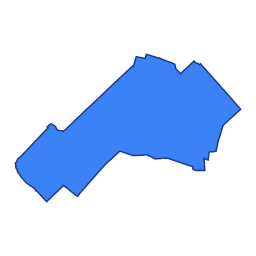 outline of Phuoc Long, Bạc Liêu, Vietnam
{"feature_id": "81297802B5473399388769", "entity_name": "Phuoc Long", "entity_type": "district", "adm_level": 2, "iso_a3": "VNM", "parent_name": "Vietnam", "parent_adm1": "Bạc Liêu", "projection": "mercator", "projection_center": [105.424, 9.386], "detail": "fine", "context": "isolated", "style": "filled", "palette": "blue", "viewbox_px": 256, "rotation_deg": 0, "n_neighbors": 0, "source": "geoboundaries", "source_scale": "gbopen_adm2", "svg_char_len": 5607}
<svg xmlns="http://www.w3.org/2000/svg" viewBox="0 0 256 256"><path d="M196.2,170.6L198.3,170.5L199.6,170.5L200.9,170.4L203.3,170.5L204.5,170.5L204.9,170.4L204.9,169.9L204.8,169.3L204.7,168.7L204.6,168.1L204.5,165.4L204.4,164.9L204.1,160.0L204.0,158.5L207.2,159.6L207.7,159.8L208.1,160.0L208.3,159.0L208.4,157.3L208.5,156.8L208.6,156.5L208.7,155.6L208.8,154.4L208.8,154.2L208.9,152.7L209.0,152.4L209.3,152.1L210.1,151.8L210.3,151.8L210.9,151.8L211.5,151.8L212.4,151.7L212.7,151.8L213.1,151.9L213.4,151.9L213.8,151.7L214.0,151.7L214.5,151.3L214.8,151.2L215.3,151.2L215.6,151.2L215.8,151.3L216.1,151.1L216.5,149.1L217.3,145.7L217.3,145.1L217.4,144.9L217.8,143.0L218.0,141.9L217.9,141.7L218.1,141.5L218.4,140.4L220.5,134.0L220.9,132.6L221.1,131.9L221.2,131.6L221.2,131.4L221.4,130.9L221.8,129.6L222.9,125.9L223.0,125.8L222.9,125.5L226.2,122.4L227.4,121.4L228.2,120.5L230.2,118.7L234.9,114.5L236.0,113.5L240.2,109.7L240.6,109.3L239.7,108.2L239.3,107.7L238.8,107.2L238.3,106.7L237.9,106.1L236.9,105.0L233.5,101.1L232.5,100.0L232.2,99.4L231.7,99.0L230.8,98.0L229.5,96.4L228.0,94.9L227.1,93.7L226.1,92.7L225.6,92.1L225.1,91.6L224.8,91.0L224.3,90.5L223.1,89.3L221.1,87.1L219.3,84.9L218.0,83.5L217.6,83.1L217.0,82.4L216.5,81.8L215.5,80.7L214.6,79.7L213.6,78.6L208.5,72.9L208.0,72.3L207.5,71.7L205.9,69.9L205.4,69.3L203.2,66.9L202.7,66.3L202.1,65.7L201.0,64.4L200.4,63.7L200.0,64.1L199.7,64.4L199.4,64.6L199.2,64.7L198.8,64.5L198.5,64.1L198.3,63.8L198.1,63.5L197.8,63.3L197.6,63.2L196.7,63.2L196.2,63.1L195.9,63.0L195.5,62.8L195.3,62.6L195.2,62.4L195.1,62.2L194.9,61.9L194.8,61.7L194.3,61.2L194.0,61.0L193.8,61.2L192.9,62.0L192.5,62.5L191.8,63.0L190.1,64.7L189.4,65.4L187.4,67.3L185.8,68.8L184.1,70.3L181.3,73.0L180.5,73.7L179.9,73.1L179.0,72.1L178.3,71.4L177.6,70.6L177.0,70.0L176.4,69.4L175.8,68.5L175.6,68.0L175.5,67.6L175.1,65.2L175.0,64.8L174.9,64.5L174.8,64.3L174.4,64.1L173.8,63.8L173.1,63.5L171.2,62.7L169.6,62.1L168.7,61.8L167.6,61.4L166.7,61.1L163.3,59.7L161.1,58.8L160.3,58.4L160.1,58.3L159.5,58.1L159.1,57.8L158.8,58.1L157.0,57.6L153.4,56.5L152.5,56.2L151.4,55.8L149.8,55.3L148.5,55.0L146.5,54.3L145.6,57.0L145.4,57.9L145.3,58.3L145.3,58.5L142.0,57.8L140.9,57.6L136.3,56.7L134.9,61.1L134.6,62.3L133.8,64.8L133.2,66.7L132.5,66.1L130.5,68.1L129.8,68.6L128.2,70.2L126.4,71.8L121.3,76.6L120.2,77.6L117.1,80.5L112.7,84.6L110.4,86.9L108.5,88.6L107.4,89.6L104.3,92.6L103.0,93.9L101.2,95.6L99.5,97.2L96.4,100.1L95.4,101.1L94.4,102.0L93.3,103.1L92.2,104.1L87.6,108.4L86.7,109.1L83.2,112.6L81.3,114.5L80.1,115.6L78.9,116.7L75.1,120.3L71.4,124.0L68.7,126.5L68.2,127.0L66.8,128.4L66.0,129.1L64.5,130.5L63.9,131.0L63.5,131.4L63.1,131.2L62.9,131.0L62.6,130.9L61.7,130.8L61.2,130.8L60.7,130.8L59.8,130.8L59.2,130.5L58.8,130.4L58.0,130.1L57.8,130.0L57.5,129.8L57.0,129.7L56.8,129.6L56.7,129.5L56.5,129.2L56.4,128.7L56.2,128.1L56.0,127.6L55.8,127.1L55.5,126.7L55.1,126.2L54.5,125.8L54.2,125.5L53.3,125.1L53.0,124.9L52.6,124.6L51.8,124.1L51.5,123.9L51.2,123.9L50.7,123.9L49.7,124.5L49.3,124.8L48.0,126.1L47.6,126.5L47.2,126.9L48.2,127.4L48.1,127.6L46.8,129.1L43.0,133.0L38.5,137.8L29.3,147.5L20.0,157.3L19.4,157.7L18.8,157.9L18.0,158.7L17.4,159.7L17.2,160.3L16.7,161.5L16.3,162.1L15.6,163.0L15.4,163.4L15.4,163.6L15.4,164.1L15.7,164.6L15.8,165.1L15.8,166.2L15.8,166.8L16.0,167.9L16.3,168.4L16.4,168.7L16.8,169.2L17.3,171.1L17.7,171.5L17.9,171.7L18.0,171.8L18.0,172.0L17.8,172.4L17.8,172.5L18.2,172.9L18.4,173.0L18.7,173.4L19.0,173.9L20.8,176.3L21.1,176.7L21.3,177.1L21.4,177.3L21.8,177.8L22.1,178.1L22.3,178.2L22.3,178.3L22.9,178.9L25.6,182.1L26.8,183.2L28.2,184.2L29.4,185.0L31.6,186.5L32.1,186.9L33.5,187.8L34.2,188.3L35.8,190.2L35.8,190.5L35.7,190.6L35.8,190.7L35.8,190.8L36.2,190.9L36.9,190.9L37.0,191.2L38.8,193.2L39.2,193.7L39.7,194.1L42.1,196.7L43.7,198.5L45.4,200.3L46.6,201.7L47.3,200.9L48.2,200.2L49.3,199.1L50.2,198.3L51.6,196.9L52.2,196.3L53.0,195.5L53.9,194.7L62.0,187.0L62.5,186.5L63.5,185.4L63.8,185.6L64.6,186.3L65.6,187.1L66.2,187.6L68.9,189.7L70.2,190.8L71.3,191.6L73.0,193.0L73.6,193.4L74.6,194.2L75.2,194.7L76.8,195.9L77.4,196.4L78.3,195.4L79.0,194.5L79.3,194.2L79.4,193.7L80.4,192.7L80.9,192.2L82.0,190.8L83.8,188.7L84.7,187.7L85.6,186.6L86.5,185.7L87.3,184.7L89.1,182.6L90.0,181.7L90.8,180.7L92.4,178.9L93.6,177.4L95.0,176.0L96.3,174.6L96.9,173.8L98.2,172.4L98.8,171.6L100.2,170.2L101.4,168.7L102.8,167.3L103.4,166.6L104.0,165.9L104.5,165.5L105.0,164.9L105.9,163.9L107.0,162.9L107.9,161.9L110.4,159.8L112.3,158.1L113.1,157.3L113.7,156.7L115.6,155.0L116.2,154.4L116.9,153.8L117.3,153.5L117.8,152.9L118.5,152.4L118.9,151.9L119.7,151.2L120.2,151.2L120.4,151.3L120.8,151.4L122.3,151.9L123.1,152.2L124.7,152.7L125.5,153.0L126.8,153.5L130.2,154.6L130.9,154.8L131.4,154.9L132.3,155.3L132.9,155.4L133.5,155.5L134.3,155.6L135.2,155.5L135.8,155.5L136.3,155.4L137.8,155.4L138.2,155.4L138.7,155.3L140.3,155.2L140.8,155.2L141.2,155.2L142.6,155.1L143.0,155.1L143.5,155.0L144.5,155.0L145.3,154.8L146.5,154.8L147.0,154.8L147.3,155.1L147.8,155.3L148.9,155.7L150.2,156.3L150.8,156.6L152.1,157.3L153.2,157.8L153.8,158.3L155.1,158.8L155.3,158.8L155.5,158.9L155.8,158.9L156.4,158.8L158.1,158.6L159.5,158.6L160.8,158.5L161.2,158.5L162.0,158.2L162.6,158.0L163.2,158.0L163.7,158.0L164.8,158.2L166.1,158.3L167.2,158.4L168.2,158.4L168.5,158.5L172.0,159.8L172.6,159.9L173.9,160.4L174.2,160.4L175.4,160.8L176.0,161.1L176.5,161.2L178.3,161.9L179.0,162.1L179.7,162.3L183.1,163.5L185.8,164.4L186.9,164.7L187.2,164.9L187.7,165.1L188.2,165.3L188.9,165.5L193.1,166.8L193.0,168.1L192.9,168.5L192.8,168.9L192.9,169.0L193.0,169.1L193.6,169.3L193.5,169.5L195.3,170.2L196.2,170.6Z" fill="#3b82f6" stroke="#1e3a8a" stroke-width="1.5"/></svg>